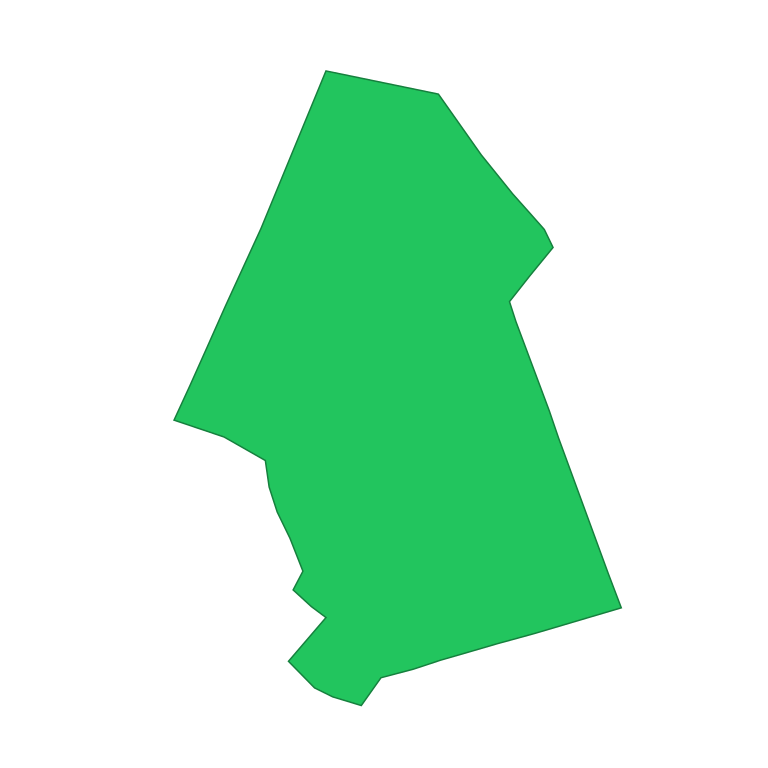 outline of Iguaba Grande, Rio de Janeiro, Brazil, rotated 174°
{"feature_id": "56859067B51771199201484", "entity_name": "Iguaba Grande", "entity_type": "district", "adm_level": 2, "iso_a3": "BRA", "parent_name": "Brazil", "parent_adm1": "Rio de Janeiro", "projection": "natural_earth1", "projection_center": [-42.216, -22.83], "detail": "fine", "context": "isolated", "style": "filled", "palette": "green", "viewbox_px": 768, "rotation_deg": 174, "n_neighbors": 0, "source": "geoboundaries", "source_scale": "gbopen_adm2", "svg_char_len": 634}
<svg xmlns="http://www.w3.org/2000/svg" viewBox="0 0 768 768"><g transform="rotate(174 384 384)"><path d="M263.4,601.8L299.6,666.6L409.0,701.4L490.2,551.3L533.8,477.7L555.3,440.4L577.1,402.8L596.6,370.0L548.6,348.0L510.0,320.3L509.0,293.5L503.6,267.9L493.6,240.3L484.2,206.3L495.9,188.7L479.5,170.2L466.1,157.8L508.0,118.2L484.8,89.0L467.7,78.2L440.2,66.6L417.7,92.2L384.2,97.4L356.7,103.4L327.5,108.6L298.9,113.8L260.0,120.2L171.4,136.6L180.8,172.2L216.1,312.3L222.4,340.0L246.3,432.4L250.6,452.8L227.5,476.5L201.6,502.1L208.4,520.9L219.8,536.9L236.2,559.7L263.4,601.8Z" fill="#22c55e" stroke="#15803d" stroke-width="1.5"/></g></svg>